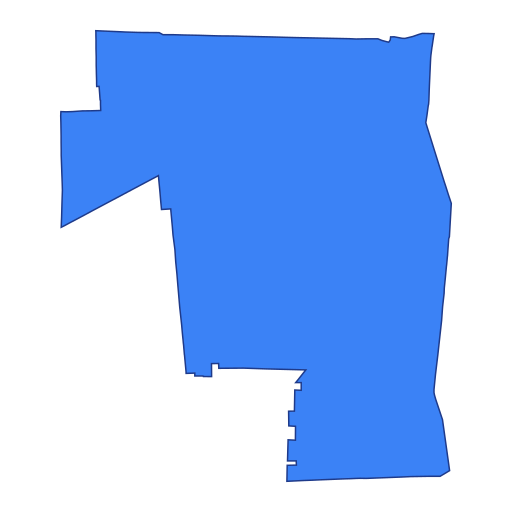 the district of San Mateo Atenco, México, Mexico
{"feature_id": "50627088B90901919246295", "entity_name": "San Mateo Atenco", "entity_type": "district", "adm_level": 2, "iso_a3": "MEX", "parent_name": "Mexico", "parent_adm1": "México", "projection": "robinson", "projection_center": [-99.543, 19.262], "detail": "fine", "context": "isolated", "style": "filled", "palette": "blue", "viewbox_px": 512, "rotation_deg": 0, "n_neighbors": 0, "source": "geoboundaries", "source_scale": "gbopen_adm2", "svg_char_len": 2453}
<svg xmlns="http://www.w3.org/2000/svg" viewBox="0 0 512 512"><path d="M159.1,32.6L146.7,32.5L143.8,32.5L137.6,32.4L124.9,32.0L121.3,31.8L118.8,31.7L95.8,30.7L95.9,32.4L95.9,35.4L96.0,40.1L96.0,48.5L96.2,57.1L96.2,61.7L96.2,65.3L96.3,69.1L96.4,74.0L96.6,81.0L96.6,82.2L96.6,83.8L96.7,86.5L99.1,86.4L100.1,100.0L100.5,100.3L100.5,104.4L100.7,110.5L90.6,110.8L82.4,110.9L72.3,111.6L66.0,111.8L60.9,111.6L60.7,115.8L60.8,119.3L60.9,123.0L61.1,136.1L61.1,141.9L61.2,149.9L61.2,155.2L62.2,183.3L62.4,190.3L62.0,202.4L61.6,217.3L61.2,227.3L64.6,225.6L69.2,223.1L84.5,215.0L93.0,210.4L102.4,205.4L133.0,189.1L152.0,179.0L155.1,177.4L158.4,175.6L159.2,184.1L160.0,192.6L160.7,201.0L161.5,209.5L166.2,209.2L169.3,209.0L170.7,208.9L171.5,217.6L172.3,226.2L173.0,234.9L174.9,249.5L175.6,260.1L175.7,261.7L176.9,273.7L177.7,283.5L178.7,295.2L179.7,307.0L181.7,325.4L182.2,331.3L182.6,335.6L183.0,339.4L183.3,342.8L183.6,345.3L183.8,347.7L184.4,354.7L184.5,355.1L186.0,371.2L186.1,373.4L194.8,373.1L194.8,376.0L203.0,376.0L203.3,376.5L211.6,376.6L211.5,363.6L218.6,363.5L218.8,368.3L243.4,368.1L266.3,368.9L305.8,369.9L297.9,379.9L295.7,382.6L301.2,382.6L301.2,390.3L294.8,390.0L294.4,411.1L288.6,411.2L288.8,425.9L295.5,426.3L295.5,428.3L295.4,440.2L288.1,439.8L287.7,453.9L287.5,460.9L296.2,460.9L296.4,465.1L287.2,465.3L286.9,481.3L303.6,480.5L311.7,480.2L320.6,479.8L330.8,479.4L338.0,479.1L345.9,478.8L349.8,478.7L356.6,478.4L360.0,478.3L366.1,478.4L376.3,478.0L384.2,477.7L396.8,477.2L402.2,477.0L410.6,476.6L429.2,476.3L440.1,476.3L449.6,470.6L442.5,419.7L435.7,399.3L434.5,395.1L434.0,392.6L434.0,389.5L435.5,374.3L437.8,355.1L441.6,320.6L442.6,306.7L444.1,293.4L444.3,288.1L445.3,278.2L446.3,267.6L446.5,265.7L446.6,265.1L447.4,256.5L447.5,256.0L447.8,251.3L448.7,238.8L449.4,236.7L451.3,203.4L448.4,194.7L445.6,185.9L444.3,182.0L427.9,129.5L425.8,122.7L427.0,115.0L428.2,105.9L428.6,104.1L428.9,100.3L429.0,97.1L429.2,90.6L429.4,85.6L430.4,63.4L430.5,61.2L430.7,57.5L430.9,55.3L432.0,46.8L432.1,46.5L433.7,35.7L434.1,33.7L433.7,33.7L428.4,33.5L422.3,33.4L418.8,34.4L416.5,35.2L412.8,36.5L405.4,38.3L405.0,38.4L402.2,38.3L394.2,36.8L390.6,36.9L390.4,38.8L390.2,40.1L388.7,42.2L385.1,41.3L381.8,40.4L377.9,38.8L367.4,38.8L356.0,39.0L349.6,38.7L296.6,37.6L284.6,37.3L274.1,37.0L265.7,36.8L248.1,36.4L242.6,36.3L237.0,36.1L231.3,36.0L219.0,35.9L199.1,35.3L184.0,35.0L173.4,34.7L163.0,34.7L159.1,32.6Z" fill="#3b82f6" stroke="#1e3a8a" stroke-width="1.5"/></svg>